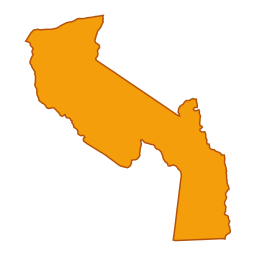 Muricilândia, Tocantins, Brazil
{"feature_id": "56859067B66713354403020", "entity_name": "Muricilândia", "entity_type": "district", "adm_level": 2, "iso_a3": "BRA", "parent_name": "Brazil", "parent_adm1": "Tocantins", "projection": "albers", "projection_center": [-48.769, -7.015], "detail": "fine", "context": "isolated", "style": "filled", "palette": "amber", "viewbox_px": 256, "rotation_deg": 0, "n_neighbors": 0, "source": "geoboundaries", "source_scale": "gbopen_adm2", "svg_char_len": 4445}
<svg xmlns="http://www.w3.org/2000/svg" viewBox="0 0 256 256"><path d="M25.7,41.2L27.4,41.7L28.9,42.2L30.3,43.3L30.3,45.2L31.3,46.4L32.5,47.6L33.2,48.8L32.1,50.6L32.1,52.7L33.1,54.3L32.3,56.1L31.4,57.8L30.7,59.6L30.1,61.4L29.9,62.6L30.4,64.0L31.3,65.2L31.9,66.9L32.5,68.0L33.5,69.6L34.4,71.0L35.2,72.3L34.6,73.8L35.5,75.6L35.5,78.2L35.4,79.9L35.4,82.2L34.9,84.0L34.9,85.3L35.4,86.4L36.1,87.9L36.9,89.4L36.8,91.4L36.9,93.3L37.2,95.0L38.1,97.0L38.9,98.8L38.9,100.3L39.9,101.3L41.2,102.2L42.2,103.1L43.4,103.6L44.9,104.7L46.0,106.5L47.1,108.0L48.8,108.5L50.8,108.1L53.1,107.7L54.4,108.2L55.2,109.2L56.5,110.5L57.7,111.8L59.1,113.2L60.2,115.3L62.0,116.3L63.5,115.6L65.0,114.6L65.4,115.7L65.9,116.8L66.7,117.8L68.1,117.8L69.3,118.1L70.3,118.9L70.8,120.2L72.0,120.8L71.8,122.4L72.9,124.1L73.7,125.7L73.7,126.9L74.8,127.9L75.9,128.5L76.8,129.4L77.7,130.5L77.9,132.1L78.1,134.0L79.4,134.9L80.5,135.6L82.1,135.5L83.5,135.6L84.5,136.3L84.8,137.6L83.5,138.2L83.3,139.6L83.7,141.1L86.3,143.1L87.8,144.1L89.6,145.2L92.4,147.0L93.9,147.9L95.4,148.8L96.5,149.5L97.7,150.2L100.4,151.9L102.3,153.0L104.5,154.4L105.9,155.3L107.2,156.3L108.3,157.1L109.8,158.3L111.1,159.2L112.9,160.5L115.8,162.7L119.9,165.7L121.6,166.3L127.4,167.7L129.1,166.8L130.5,165.4L131.3,163.4L131.5,161.7L131.6,160.4L133.1,159.9L134.7,159.8L136.0,159.6L137.4,158.8L138.7,157.3L139.8,155.5L139.7,153.1L140.0,151.1L140.1,149.6L140.3,148.1L140.8,146.7L141.1,145.5L141.3,143.7L141.0,141.7L140.4,140.2L141.8,139.6L142.9,140.5L143.9,141.7L145.4,142.9L147.0,143.1L148.2,143.4L149.3,143.9L151.2,144.4L152.9,144.6L154.3,145.4L155.0,147.0L155.8,148.3L157.2,149.2L158.7,149.6L159.9,150.6L160.9,151.6L161.7,153.3L162.4,155.1L162.7,156.3L163.3,158.6L165.0,161.5L166.0,162.4L167.1,163.0L167.7,164.3L168.2,165.7L169.9,166.1L172.0,165.2L173.7,165.0L175.0,165.6L176.2,166.2L177.2,167.3L178.2,169.1L179.6,170.2L180.6,171.5L181.0,173.1L181.2,174.5L181.4,176.1L181.1,177.6L180.6,180.8L180.4,182.3L180.1,184.7L179.8,187.7L179.5,189.9L179.2,192.0L179.0,194.3L177.2,208.3L175.1,226.2L174.7,229.3L173.9,235.6L173.2,240.0L175.5,240.6L177.1,240.5L200.7,239.5L202.2,239.5L206.5,239.3L207.7,239.2L215.2,238.9L216.5,238.8L222.2,238.6L225.0,239.0L225.1,237.4L225.6,236.3L226.5,234.9L227.8,233.9L229.2,233.2L230.3,231.9L230.2,230.3L229.7,228.5L229.5,226.6L228.8,225.3L228.5,224.0L229.2,222.8L229.7,221.0L228.8,220.0L228.4,218.4L228.3,217.0L227.8,215.9L226.3,215.1L224.8,214.6L224.4,213.2L225.4,211.9L225.6,209.9L225.7,208.1L226.0,206.7L224.9,205.0L224.5,203.4L224.7,202.0L225.2,200.8L226.0,199.0L226.6,197.2L226.0,195.8L225.6,194.6L225.6,193.3L226.7,191.8L227.5,190.2L228.9,189.5L228.8,188.0L228.3,186.2L227.5,184.2L227.1,182.6L227.0,181.3L227.0,180.1L226.6,178.9L226.6,176.7L226.5,174.6L226.0,172.6L226.7,171.3L226.2,169.5L226.0,167.7L225.5,166.1L225.0,164.2L224.5,162.8L224.6,161.3L224.7,159.6L224.8,158.1L224.5,156.5L224.3,155.1L222.8,155.0L221.4,155.0L220.8,153.5L219.3,152.5L217.4,151.8L215.7,151.2L214.3,149.7L212.1,149.5L210.5,149.0L209.5,147.4L209.4,145.6L209.1,144.1L207.3,144.0L206.7,142.5L206.8,141.1L206.8,139.2L205.7,138.0L205.9,136.4L205.7,134.5L205.3,132.9L204.7,131.7L203.2,132.0L201.9,131.9L200.5,131.2L199.8,130.2L200.0,129.0L201.2,128.3L202.3,127.4L201.9,126.2L200.0,125.7L199.8,123.8L199.7,122.2L200.0,120.4L200.0,118.6L200.5,116.7L200.0,114.9L199.3,113.4L199.4,111.3L198.8,109.7L197.1,110.5L195.8,110.8L194.4,110.6L193.4,109.3L194.1,107.7L195.7,107.5L197.2,107.4L197.4,105.5L197.0,103.6L196.4,101.5L196.4,99.3L194.7,99.1L192.5,98.6L190.6,99.7L189.1,100.5L187.4,100.5L186.0,100.6L185.1,101.6L184.0,102.8L183.3,104.1L181.7,105.1L180.6,105.9L179.6,106.8L178.9,108.2L178.5,109.7L178.1,112.1L178.9,113.6L179.4,114.7L179.6,116.2L177.8,115.4L175.8,114.1L169.2,109.6L160.8,103.9L157.4,101.6L152.0,97.9L139.1,89.2L137.0,87.8L118.1,75.0L115.0,72.8L111.7,70.6L108.6,68.6L96.9,60.7L95.9,59.5L95.7,58.2L96.6,57.3L97.4,56.2L97.8,54.8L97.9,53.1L97.4,51.0L98.2,49.1L99.5,47.9L99.4,45.7L98.7,44.6L97.6,44.0L96.4,43.4L95.3,42.0L94.8,40.4L95.4,38.7L95.8,37.1L96.2,35.4L96.9,33.9L97.2,32.5L98.0,30.6L99.4,29.0L100.6,27.3L101.3,25.9L101.8,24.8L102.4,23.3L103.2,22.0L102.8,20.4L103.2,19.0L102.8,17.1L103.3,15.4L97.8,16.3L95.3,16.5L93.1,17.1L88.8,17.6L82.7,18.7L79.2,18.5L77.3,18.9L73.0,21.3L71.1,21.9L69.1,22.1L66.5,22.8L63.8,24.1L62.3,24.8L58.6,27.1L56.4,28.2L53.0,29.0L50.7,29.3L44.8,29.4L41.0,29.9L37.4,29.3L33.6,30.1L31.0,32.8L29.1,35.8L28.1,37.5L25.7,41.2Z" fill="#f59e0b" stroke="#b45309" stroke-width="1.5"/></svg>